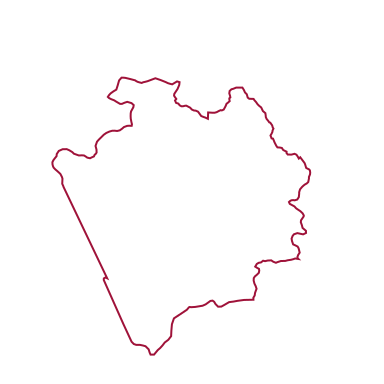 Tongod, Sabah, Malaysia, rotated 156°
{"feature_id": "92858781B32366551894999", "entity_name": "Tongod", "entity_type": "district", "adm_level": 2, "iso_a3": "MYS", "parent_name": "Malaysia", "parent_adm1": "Sabah", "projection": "mercator", "projection_center": [116.895, 5.08], "detail": "fine", "context": "isolated", "style": "outline", "palette": "rose", "viewbox_px": 384, "rotation_deg": 156, "n_neighbors": 0, "source": "geoboundaries", "source_scale": "gbopen_adm2", "svg_char_len": 3866}
<svg xmlns="http://www.w3.org/2000/svg" viewBox="0 0 384 384"><g transform="rotate(156 192 192)"><path d="M213.2,323.6L216.8,319.3L219.5,316.3L222.8,315.9L226.2,315.2L228.3,314.3L230.2,313.1L229.6,311.6L228.1,309.7L225.8,307.4L224.5,305.4L221.9,301.8L220.1,301.0L217.4,301.0L214.5,300.7L211.1,297.8L209.9,295.1L211.1,293.3L214.9,290.4L216.0,288.8L217.2,286.3L218.1,284.0L218.9,280.6L219.3,278.3L220.2,277.0L222.7,278.2L224.4,278.8L227.8,279.0L230.0,278.3L232.9,277.7L235.6,278.2L237.8,279.5L240.0,280.4L242.8,280.8L246.2,280.8L249.3,280.2L255.9,277.7L258.3,276.6L261.4,273.3L262.0,269.6L263.1,266.9L264.2,266.1L265.8,265.6L267.1,264.4L269.7,264.4L271.4,264.3L273.7,266.0L274.7,267.7L275.8,269.3L277.7,270.3L280.5,271.4L284.3,275.0L285.1,277.1L287.1,280.0L289.0,282.1L292.8,283.7L297.0,283.7L300.1,281.7L301.2,279.8L303.2,278.8L305.6,277.5L307.4,276.0L308.2,274.0L308.5,272.1L308.5,270.6L307.7,268.3L306.6,266.0L305.5,263.5L304.9,262.0L304.7,258.7L304.9,256.9L307.2,252.3L307.2,249.5L307.3,249.0L304.6,147.7L305.8,149.1L307.7,148.9L308.4,147.5L308.4,99.2L308.1,79.8L307.0,76.8L305.2,75.1L301.7,73.5L299.1,71.6L297.2,70.0L295.6,65.9L296.0,62.4L296.0,60.3L292.8,58.9L292.6,59.0L287.6,61.5L284.6,62.4L281.4,63.8L278.1,65.6L273.8,66.6L269.7,68.8L267.3,73.6L264.1,79.4L259.9,83.9L244.6,86.5L241.7,87.9L240.9,87.9L239.6,87.1L235.8,85.7L228.6,83.8L225.2,83.8L219.5,85.0L217.4,84.4L216.4,82.7L216.1,80.1L214.8,76.6L211.8,75.4L208.3,75.7L202.9,76.3L198.6,75.0L194.8,74.1L188.3,72.2L179.7,68.6L178.9,70.5L176.8,72.0L175.5,74.1L174.1,75.6L172.4,77.3L172.1,80.1L172.2,83.0L171.7,86.0L170.6,88.2L168.9,89.3L166.4,90.0L163.8,91.0L162.5,92.9L162.1,94.6L163.3,96.1L164.6,98.1L162.1,99.9L159.9,100.2L157.6,99.6L155.0,100.3L153.4,99.1L150.7,98.6L147.4,97.3L146.1,95.2L144.1,93.2L142.7,93.2L138.9,92.8L134.8,91.1L132.3,90.7L129.1,89.8L126.6,89.4L124.8,89.3L122.0,87.5L122.4,88.6L122.1,89.8L120.5,91.4L118.3,92.8L117.5,97.2L117.7,99.2L119.3,101.2L120.9,103.0L120.6,106.5L120.0,108.9L118.0,110.9L116.1,111.9L112.5,111.6L107.7,108.1L104.5,108.2L103.7,110.2L105.6,114.2L105.1,117.1L104.9,120.1L103.9,121.8L100.0,124.2L99.4,125.1L99.6,127.5L100.8,130.4L102.2,132.6L103.5,134.7L104.3,137.2L106.3,139.8L107.5,141.4L107.5,143.4L106.0,143.9L104.6,144.0L103.0,143.5L101.5,142.6L98.9,142.3L96.5,143.9L94.8,146.8L94.2,148.2L92.2,150.5L89.3,151.9L87.2,152.6L85.4,153.0L83.8,153.1L81.8,153.8L79.7,156.7L79.1,158.1L77.0,160.1L76.1,161.7L75.5,163.8L75.9,165.1L77.1,166.5L77.9,167.6L77.4,171.4L77.4,172.8L79.0,179.7L80.8,179.1L81.0,181.4L81.4,183.6L82.8,185.2L85.9,185.7L89.3,187.3L89.8,189.1L89.2,190.4L90.5,191.9L91.6,193.3L92.0,195.7L93.7,196.9L95.8,198.0L96.2,199.9L96.4,203.7L96.3,206.1L96.3,207.8L97.5,208.6L97.3,211.7L95.6,212.9L94.1,214.2L93.4,215.4L91.8,216.8L92.0,218.1L91.7,219.9L91.7,220.5L92.3,223.5L93.1,224.2L93.5,226.3L94.1,228.3L94.1,230.4L93.5,232.1L92.9,234.2L94.3,237.1L94.4,241.1L95.6,243.4L96.4,245.5L96.9,248.1L97.7,250.6L97.9,252.0L101.8,253.9L102.7,255.6L102.5,257.0L102.2,259.0L103.1,261.4L103.1,264.1L103.5,266.9L109.2,269.4L112.3,269.5L114.2,269.8L116.5,269.0L117.8,267.0L118.1,264.4L118.5,262.8L119.8,262.4L120.3,261.1L120.6,259.7L123.1,258.9L124.5,258.6L126.6,256.6L129.5,254.4L131.6,254.4L132.5,255.1L134.3,255.1L137.0,254.9L139.0,255.2L141.1,256.1L144.9,258.1L147.7,252.4L149.5,254.5L151.1,256.0L152.7,257.7L153.2,260.1L153.8,262.9L155.5,264.8L157.1,265.7L158.6,267.4L159.4,269.8L162.1,273.2L163.2,273.6L165.4,274.0L166.8,274.6L168.0,276.2L168.5,278.3L170.3,279.9L170.3,282.5L168.5,283.4L169.1,286.3L169.2,287.3L168.3,288.8L166.3,290.1L163.3,292.0L160.1,295.0L158.7,297.4L160.7,299.1L166.3,298.4L168.2,299.9L169.7,301.2L171.4,303.2L175.2,307.1L179.2,310.8L187.5,311.3L190.0,311.7L191.9,312.1L193.6,312.1L195.4,313.5L196.8,314.7L197.8,315.9L198.5,317.1L202.2,320.1L206.5,323.4L208.1,324.3L209.9,325.1L213.2,323.6Z" fill="none" stroke="#9f1239" stroke-width="2"/></g></svg>